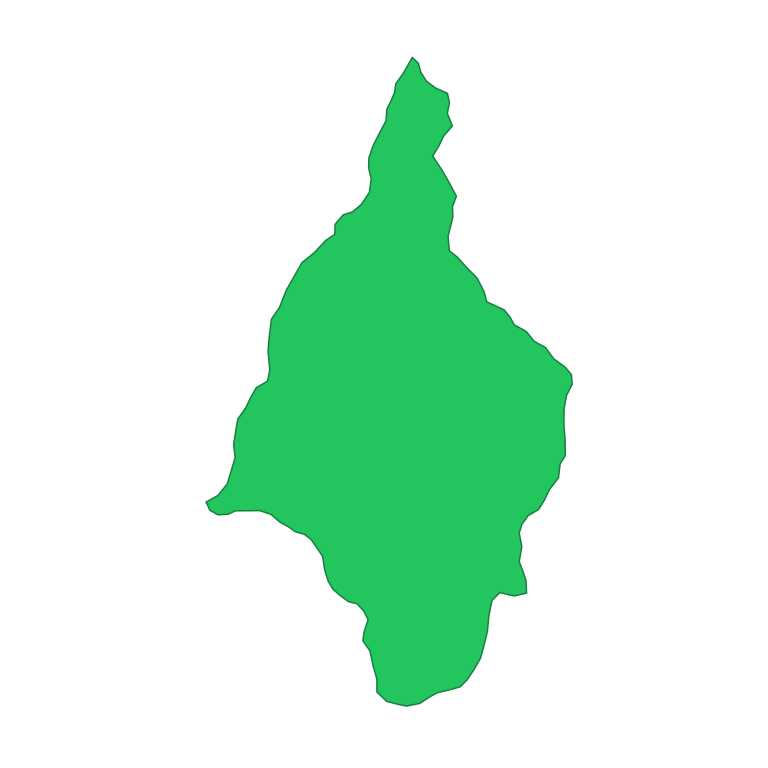 outline of Bilac, São Paulo, Brazil, rotated 355°
{"feature_id": "56859067B71292671685512", "entity_name": "Bilac", "entity_type": "district", "adm_level": 2, "iso_a3": "BRA", "parent_name": "Brazil", "parent_adm1": "São Paulo", "projection": "albers", "projection_center": [-50.48, -21.416], "detail": "fine", "context": "isolated", "style": "filled", "palette": "green", "viewbox_px": 768, "rotation_deg": 355, "n_neighbors": 0, "source": "geoboundaries", "source_scale": "gbopen_adm2", "svg_char_len": 1818}
<svg xmlns="http://www.w3.org/2000/svg" viewBox="0 0 768 768"><g transform="rotate(355 384 384)"><path d="M196.5,486.1L199.6,494.7L207.1,499.8L217.2,500.2L225.0,497.4L249.1,499.3L260.0,504.0L268.4,512.6L276.2,517.8L282.9,523.5L291.6,526.8L297.7,532.3L307.8,550.2L308.7,563.8L311.2,575.5L315.3,584.1L322.1,591.1L329.6,597.7L338.0,600.6L344.1,608.5L347.6,617.5L342.4,629.6L340.6,638.1L346.7,648.5L348.6,664.1L351.2,677.1L350.1,690.3L359.0,700.4L369.4,704.1L378.3,706.8L391.9,705.3L402.0,699.8L410.2,696.2L423.8,694.2L433.5,692.3L440.9,686.1L448.7,676.4L456.2,665.6L461.0,652.7L465.4,639.7L468.5,623.0L472.8,608.9L481.2,601.9L495.1,606.5L507.8,604.7L508.3,592.0L506.2,583.1L503.2,572.8L507.1,558.1L505.7,544.2L509.3,535.6L516.1,527.7L527.1,522.5L534.1,513.0L539.5,503.7L549.6,492.7L552.5,479.1L558.3,471.2L559.5,456.5L559.7,440.0L561.2,424.6L564.8,411.3L571.5,400.6L571.5,391.1L565.9,383.0L555.3,373.7L548.1,361.9L537.2,354.4L530.2,344.0L518.9,336.4L515.3,328.2L510.2,320.7L502.7,316.3L493.5,311.1L491.8,300.9L486.0,286.7L475.9,274.4L468.1,264.0L460.7,257.0L460.7,242.4L464.5,231.5L467.2,223.5L467.7,213.2L472.5,203.3L466.4,188.8L459.4,174.1L452.4,161.1L459.4,151.6L465.0,142.2L474.6,132.9L470.7,120.1L473.7,109.2L472.5,99.9L461.4,93.8L452.7,86.1L447.9,76.8L446.2,67.4L440.6,61.2L430.5,75.9L422.0,85.8L419.9,94.6L415.8,102.3L410.7,110.7L409.0,121.9L401.0,134.2L394.0,145.5L388.7,157.3L387.5,167.5L389.2,178.4L386.1,191.9L376.9,203.3L367.3,209.9L358.1,211.9L349.2,220.7L348.0,230.6L338.5,235.9L326.0,247.1L312.9,255.9L304.7,267.8L294.9,282.0L286.6,298.5L277.5,309.7L273.1,330.4L271.4,341.2L271.4,351.5L271.4,360.1L268.3,370.9L256.4,376.6L249.6,386.5L244.3,395.5L235.4,406.1L232.3,417.5L228.9,431.2L229.3,444.3L223.3,459.5L219.2,469.8L208.8,480.6L196.5,486.1Z" fill="#22c55e" stroke="#15803d" stroke-width="1.5"/></g></svg>